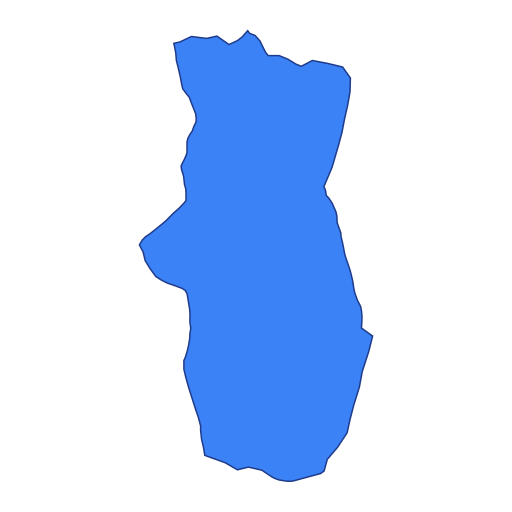 Dzoma, Punakha, Bhutan
{"feature_id": "84629894B97305398598213", "entity_name": "Dzoma", "entity_type": "district", "adm_level": 2, "iso_a3": "BTN", "parent_name": "Bhutan", "parent_adm1": "Punakha", "projection": "natural_earth1", "projection_center": [89.884, 27.582], "detail": "fine", "context": "isolated", "style": "filled", "palette": "blue", "viewbox_px": 512, "rotation_deg": 0, "n_neighbors": 0, "source": "geoboundaries", "source_scale": "gbopen_adm2", "svg_char_len": 2031}
<svg xmlns="http://www.w3.org/2000/svg" viewBox="0 0 512 512"><path d="M139.4,244.9L143.1,252.0L145.2,260.7L150.1,268.7L155.8,276.5L161.7,280.3L167.4,283.1L174.6,285.6L181.9,288.3L185.3,290.5L187.1,293.9L188.5,302.2L189.7,309.6L190.0,314.9L189.9,322.3L190.8,328.2L190.0,332.9L189.7,338.4L188.7,344.7L187.5,350.1L185.4,357.1L183.9,360.5L183.9,369.3L186.0,378.1L188.6,387.3L191.4,396.2L195.3,408.4L198.6,418.2L200.6,425.9L200.6,430.5L201.6,439.4L203.4,447.0L204.8,455.4L224.9,462.6L237.5,469.8L248.4,467.1L261.9,470.2L272.0,477.0L275.3,478.6L279.2,480.0L285.1,480.9L287.2,481.2L290.8,481.3L294.2,480.7L316.3,474.7L320.5,473.6L324.1,471.0L327.3,459.3L337.7,447.1L347.1,432.8L350.0,419.6L353.7,405.3L359.4,387.0L362.2,371.7L368.8,351.3L372.6,336.0L370.7,334.7L361.4,328.0L361.6,325.9L361.9,320.1L362.0,316.7L361.7,313.1L361.4,310.5L360.8,307.1L360.0,305.2L357.4,300.2L356.7,298.2L355.3,294.4L354.4,291.3L353.7,287.6L353.3,284.9L353.0,282.7L352.1,278.3L350.2,270.7L348.4,265.2L347.3,262.0L346.0,258.4L344.7,253.9L342.8,244.0L340.9,235.8L340.9,233.2L337.2,222.8L336.9,216.2L335.9,211.7L334.8,209.2L332.1,203.1L328.7,198.0L326.2,195.3L325.6,190.9L324.9,188.7L323.8,186.8L332.0,167.5L338.4,145.7L341.9,132.7L344.7,118.2L347.6,105.6L350.0,91.8L350.4,78.0L347.1,73.4L342.6,67.0L328.0,63.5L312.4,60.5L301.3,66.3L295.9,64.1L288.1,59.3L279.1,55.6L268.2,55.6L265.5,52.2L259.9,40.9L255.1,35.5L249.7,33.4L247.7,30.7L242.1,37.0L237.3,40.7L229.0,44.5L216.9,36.1L206.6,38.4L191.4,36.5L180.0,41.9L173.8,43.4L174.4,45.9L175.7,52.6L176.4,60.6L177.8,66.1L180.1,75.9L181.6,83.9L182.8,88.9L186.8,94.3L189.2,97.2L191.9,104.3L193.7,108.8L195.7,113.9L196.2,118.4L196.0,122.0L193.7,126.8L192.3,131.0L190.0,134.3L187.9,138.3L187.0,142.1L187.0,148.3L187.0,152.8L185.6,156.6L183.8,160.5L182.0,163.9L181.1,166.2L181.5,169.3L183.6,176.2L184.5,184.4L185.8,189.2L186.0,193.9L186.0,198.3L186.0,200.5L183.8,203.3L179.2,208.1L173.1,213.5L165.7,221.0L157.3,227.9L150.2,233.6L145.6,236.7L142.2,240.1L139.4,244.9Z" fill="#3b82f6" stroke="#1e3a8a" stroke-width="1.5"/></svg>